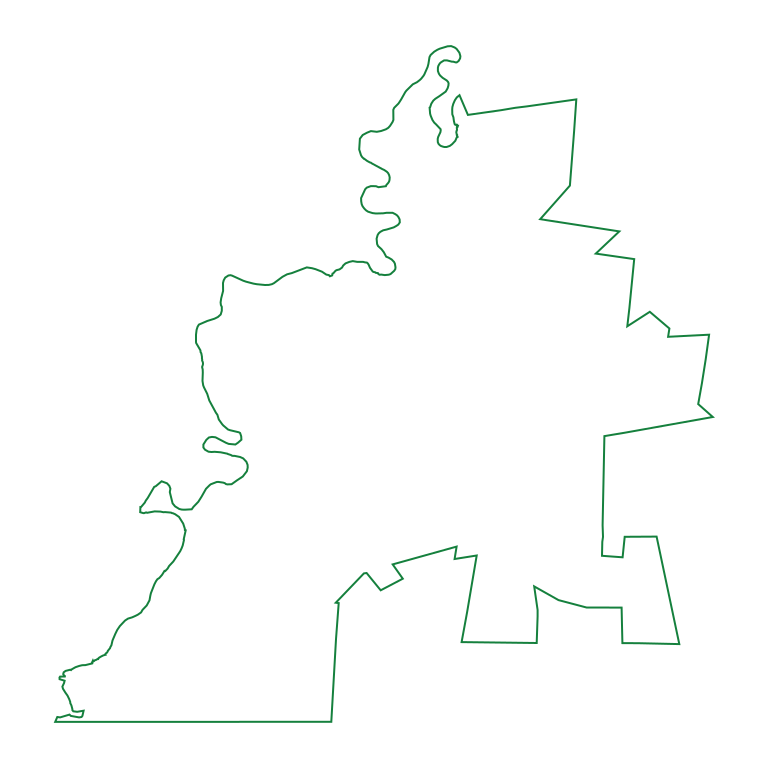 Marqués de Comillas, Chiapas, Mexico (Albers equal-area conic projection)
{"feature_id": "50627088B45409409089099", "entity_name": "Marqués de Comillas", "entity_type": "district", "adm_level": 2, "iso_a3": "MEX", "parent_name": "Mexico", "parent_adm1": "Chiapas", "projection": "albers", "projection_center": [-90.792, 16.274], "detail": "fine", "context": "isolated", "style": "outline", "palette": "green", "viewbox_px": 768, "rotation_deg": 0, "n_neighbors": 0, "source": "geoboundaries", "source_scale": "gbopen_adm2", "svg_char_len": 6026}
<svg xmlns="http://www.w3.org/2000/svg" viewBox="0 0 768 768"><path d="M55.2,721.9L331.3,721.8L336.0,639.2L338.7,603.1L335.8,602.7L363.9,573.4L366.6,573.0L380.7,590.3L402.8,578.7L392.7,564.4L456.6,546.6L454.6,559.0L476.7,555.5L467.1,612.2L461.6,642.1L536.7,643.0L537.6,616.3L537.6,610.0L534.2,586.4L558.5,600.1L586.5,607.5L621.6,607.6L622.4,643.1L638.7,643.2L679.3,644.1L656.6,536.6L624.7,536.8L622.6,557.3L602.0,555.8L602.3,541.8L603.0,536.9L602.6,525.2L604.4,436.1L624.9,432.7L712.8,417.0L698.2,404.1L701.9,383.4L705.7,359.3L709.1,334.7L668.1,336.8L669.4,328.5L649.8,311.8L627.3,326.3L629.4,308.0L634.2,259.1L595.8,253.6L619.3,231.4L540.2,219.2L569.9,185.6L574.1,131.3L576.3,99.4L526.8,106.4L515.3,107.8L501.0,110.2L467.9,114.9L459.5,95.2L456.8,97.4L454.9,100.2L453.3,103.8L452.4,107.0L452.2,109.4L452.3,114.3L453.4,117.3L453.9,121.0L454.6,123.9L454.9,124.5L455.5,124.8L456.8,124.6L457.3,125.1L456.7,125.6L457.0,126.4L457.8,126.2L457.5,127.1L456.8,127.8L457.0,129.7L456.8,130.7L456.5,131.0L456.3,132.4L456.7,134.2L457.1,134.9L456.8,135.1L457.1,136.3L457.6,136.9L456.7,137.5L455.3,140.8L452.1,144.2L449.8,145.9L446.6,147.0L444.4,147.0L443.1,146.7L441.0,146.0L439.8,145.2L438.5,143.8L437.8,142.1L437.7,138.9L438.2,136.9L440.4,132.2L440.7,130.4L440.6,129.2L436.1,124.4L434.2,122.6L432.4,119.9L430.6,115.5L430.1,113.6L429.6,107.6L430.1,107.3L431.3,103.7L433.3,100.6L435.3,98.8L439.3,96.2L445.7,91.6L447.6,88.3L448.4,85.6L448.6,83.3L448.1,82.0L446.8,80.5L442.6,77.8L440.1,75.5L438.9,73.7L437.9,71.0L437.9,67.7L438.3,66.0L439.1,64.5L439.9,63.3L441.0,62.3L444.1,60.4L447.0,60.4L452.0,61.7L453.3,61.7L455.7,62.4L456.7,62.4L458.6,61.0L460.1,58.4L460.4,56.2L459.4,52.7L456.6,48.9L454.7,47.5L451.2,46.1L447.6,46.3L439.7,48.7L437.3,49.8L434.2,51.7L430.6,55.0L429.5,57.1L428.4,64.0L427.6,67.0L424.3,74.5L423.5,75.8L421.2,78.7L419.7,80.1L417.0,82.2L412.8,84.3L406.4,90.6L405.2,92.2L401.1,99.5L399.3,102.3L398.4,103.6L394.2,107.8L393.3,109.8L393.4,119.9L392.6,121.9L390.1,125.8L388.3,127.8L385.9,129.3L381.1,131.0L376.8,131.8L370.9,131.1L367.0,132.7L362.7,135.0L359.9,138.7L359.2,149.5L361.0,155.2L362.0,156.9L363.8,158.7L364.0,158.6L367.1,160.9L369.8,162.4L370.9,162.7L371.8,163.4L382.3,169.1L384.1,169.9L386.9,171.8L388.2,173.2L389.2,175.3L389.7,177.5L389.5,180.0L389.1,181.5L388.3,182.8L386.3,185.1L385.9,186.2L378.5,187.2L376.0,186.2L370.9,186.1L366.8,187.6L365.2,189.2L361.1,198.1L361.2,201.3L361.7,204.2L362.6,206.3L364.3,208.6L366.1,210.4L368.1,211.7L372.6,213.1L375.9,213.5L383.2,213.3L386.5,212.8L392.6,212.8L395.4,214.2L397.1,215.4L398.4,217.0L399.6,219.4L399.8,222.4L398.3,224.6L396.4,225.9L393.7,227.4L386.8,229.5L383.2,230.3L380.4,231.8L378.7,233.3L377.6,235.1L376.6,238.7L377.1,244.0L378.0,246.0L381.5,249.2L383.8,252.2L386.2,256.7L388.5,257.6L391.7,259.5L394.0,261.9L394.9,263.7L395.5,267.3L395.3,269.1L394.2,270.8L390.5,274.1L388.8,274.7L384.7,275.1L381.4,274.6L379.4,274.7L378.0,273.6L377.9,273.1L375.7,272.8L375.2,272.3L373.4,271.9L372.7,271.5L370.0,267.8L368.7,264.8L367.8,263.4L366.9,262.6L365.1,262.4L363.2,261.9L357.4,261.9L352.8,261.1L349.3,261.9L345.5,263.4L343.2,265.5L342.0,267.6L339.5,269.4L336.4,270.2L335.3,271.0L333.4,273.2L332.5,273.6L332.2,275.4L329.9,276.3L328.9,275.1L326.3,274.6L322.0,271.7L315.6,269.2L312.0,268.2L306.8,267.4L291.8,273.1L287.1,274.3L282.5,276.8L273.9,283.2L271.9,284.2L268.8,284.9L265.0,285.0L256.7,284.2L253.4,283.6L246.1,281.7L243.2,280.7L232.0,275.6L230.5,275.2L228.4,275.5L225.2,277.6L223.7,280.3L223.0,283.0L223.1,290.9L221.2,298.3L220.6,302.4L220.9,305.0L221.8,306.9L221.8,310.8L220.7,314.5L217.9,317.0L214.5,318.7L207.2,321.0L198.9,324.6L197.6,326.7L196.6,329.8L196.0,334.7L196.0,342.1L196.2,343.1L200.4,350.3L200.6,352.2L201.3,353.3L202.0,357.1L201.9,358.0L202.2,359.6L202.1,360.5L202.8,362.1L203.0,363.3L202.9,364.7L202.1,367.0L202.7,369.5L202.8,372.7L202.5,380.9L203.2,385.4L204.0,387.4L207.2,393.8L209.3,400.5L215.9,412.7L217.4,414.8L218.8,419.5L222.0,424.0L223.2,425.4L228.0,429.5L230.0,430.2L238.9,432.3L240.1,433.0L241.2,436.3L241.4,439.7L238.0,442.7L235.4,444.5L228.7,443.9L226.0,442.8L215.5,437.3L212.0,436.9L208.9,437.5L206.3,439.9L203.4,444.5L203.4,447.5L205.0,449.7L208.5,451.7L211.5,452.0L214.7,451.8L220.7,452.3L227.4,453.7L227.8,454.0L230.9,455.0L232.2,455.8L234.7,455.9L240.1,457.0L243.2,458.4L246.4,461.8L247.6,464.9L247.7,467.6L246.9,471.2L242.8,476.5L237.2,480.2L231.6,484.2L227.5,484.4L226.0,484.1L224.7,483.1L223.1,482.6L218.2,481.9L216.7,482.0L210.7,484.3L209.5,485.3L206.0,488.8L201.6,496.6L198.3,501.8L193.5,506.8L191.7,509.3L184.6,509.7L181.9,509.6L179.3,509.0L175.1,506.4L172.6,503.4L169.8,492.1L170.4,488.7L169.3,485.8L167.0,483.3L161.6,481.3L155.8,486.2L154.2,486.9L147.7,498.0L145.8,500.6L144.8,502.6L140.9,507.2L140.4,507.1L140.2,512.2L143.2,513.1L144.2,513.1L146.1,512.4L147.1,512.8L154.6,511.4L160.5,511.6L163.3,512.2L165.2,512.1L171.0,512.6L171.9,513.1L172.8,513.2L175.1,514.2L179.0,516.9L183.2,523.6L184.8,528.6L184.9,530.1L185.7,530.3L183.7,539.4L184.0,539.9L182.7,545.5L181.6,548.3L180.2,551.2L173.3,561.5L169.1,566.0L167.6,568.6L165.2,571.1L164.5,570.9L162.1,574.8L159.3,578.0L157.4,579.2L156.0,581.2L154.4,584.3L150.9,593.2L150.3,595.8L149.5,600.3L146.7,605.5L142.5,609.9L141.1,612.4L137.8,614.7L135.2,616.0L132.0,617.4L128.0,618.6L126.5,619.6L125.1,620.5L119.9,626.0L117.3,629.8L115.3,633.9L112.5,640.5L111.4,645.3L110.4,647.0L110.0,648.2L107.8,650.9L107.7,651.5L106.8,652.8L106.3,653.0L105.1,654.4L105.4,654.8L103.3,655.4L101.1,656.5L99.1,657.7L98.5,658.3L98.2,659.0L97.7,658.9L96.3,659.8L94.8,660.3L94.0,661.1L93.2,661.3L92.9,660.6L92.2,662.1L92.6,662.2L92.3,663.4L85.4,665.1L82.2,665.2L79.3,665.9L75.5,667.2L71.8,669.3L71.0,670.1L70.3,669.7L65.6,670.9L63.7,672.3L63.2,674.1L64.4,675.9L65.6,676.5L60.1,676.6L59.5,677.5L59.6,679.2L64.6,680.7L64.1,682.9L62.4,686.6L63.0,688.8L65.3,692.5L67.5,695.6L69.2,699.1L70.2,701.8L70.3,703.2L71.4,705.4L72.4,709.2L72.4,710.2L73.3,711.3L77.2,711.8L83.6,710.7L82.4,715.9L81.5,717.0L79.1,717.4L70.8,715.9L69.5,714.6L60.1,717.4L57.3,717.0L55.2,721.9Z" fill="none" stroke="#15803d" stroke-width="2"/></svg>